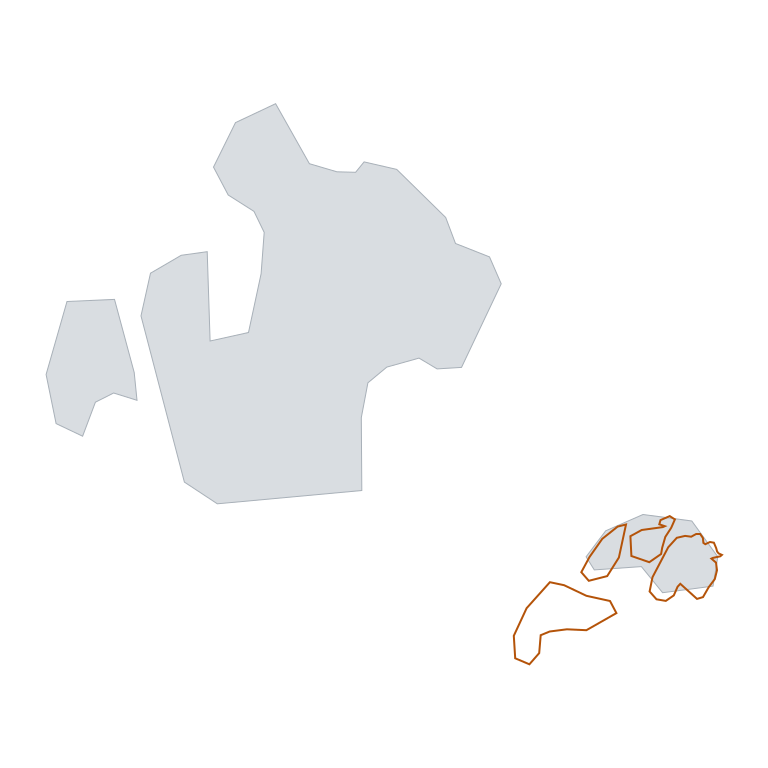 Föglö on a map of Aland (orthographic projection)
{"feature_id": "ALD-4814", "entity_name": "Föglö", "entity_type": "state/province", "adm_level": 1, "iso_a3": "ALA", "parent_name": "Aland", "parent_adm1": "", "projection": "orthographic", "projection_center": [20.496, 60.014], "detail": "fine", "context": "in_parent", "style": "outline", "palette": "amber", "viewbox_px": 768, "rotation_deg": 0, "n_neighbors": 0, "source": "natural_earth", "source_scale": "10m", "svg_char_len": 1665}
<svg xmlns="http://www.w3.org/2000/svg" viewBox="0 0 768 768"><path d="M336.9,171.8L355.6,172.3L364.1,161.9L396.7,169.4L445.7,217.5L455.5,243.5L489.5,256.9L501.2,283.8L461.5,367.4L437.1,368.9L419.0,358.1L386.8,367.1L367.9,382.8L361.3,417.6L361.8,490.5L217.3,503.8L184.4,482.1L141.0,315.9L150.5,273.2L181.2,255.3L207.2,251.7L210.1,341.0L248.5,332.5L261.1,273.8L264.2,232.4L254.0,211.4L228.2,195.0L213.5,167.1L235.5,122.6L275.6,103.7L309.4,163.7L336.9,171.8ZM134.2,372.5L137.0,400.3L113.6,393.0L95.4,402.2L82.6,436.2L56.1,423.6L46.1,374.5L67.0,301.5L114.5,299.4L134.2,372.5ZM717.8,556.8L713.0,586.1L662.6,592.7L641.4,566.6L594.3,569.9L586.1,556.8L605.7,530.8L643.0,514.5L691.8,521.0L717.8,556.8Z" fill="#d9dde1" stroke="#a8b0b8" stroke-width="1"/><path d="M513.8,635.8L526.6,608.2L549.9,582.2L564.1,585.2L586.4,595.8L610.0,601.0L616.4,613.1L586.4,630.2L566.9,629.3L549.7,631.5L540.7,635.2L539.2,653.1L529.4,664.3L515.2,658.3L513.8,635.8ZM717.1,551.5L718.6,553.4L721.9,554.9L720.3,556.3L712.9,557.9L711.4,558.6L716.0,562.6L717.0,570.2L714.8,579.1L708.7,587.2L703.0,597.1L697.0,598.9L680.3,583.8L677.6,586.7L673.8,595.4L665.8,600.9L656.5,599.3L649.6,591.5L652.5,577.2L668.2,547.3L676.8,537.8L685.1,535.9L691.2,536.7L696.1,534.0L700.2,534.0L702.9,538.0L703.4,542.9L705.3,544.2L710.0,542.0L713.9,542.7L716.2,548.2L717.1,551.5ZM602.3,538.8L617.6,526.6L626.0,524.5L618.9,557.5L607.2,576.1L588.8,580.8L581.3,572.2L589.5,557.0L602.3,538.8ZM662.2,547.7L661.1,554.0L649.3,562.2L631.4,556.0L630.4,536.2L641.7,530.0L662.8,527.1L664.8,526.2L659.3,524.3L660.5,520.1L669.7,516.1L674.9,519.4L671.2,527.8L665.3,536.9L662.2,547.7Z" fill="none" stroke="#b45309" stroke-width="2"/></svg>